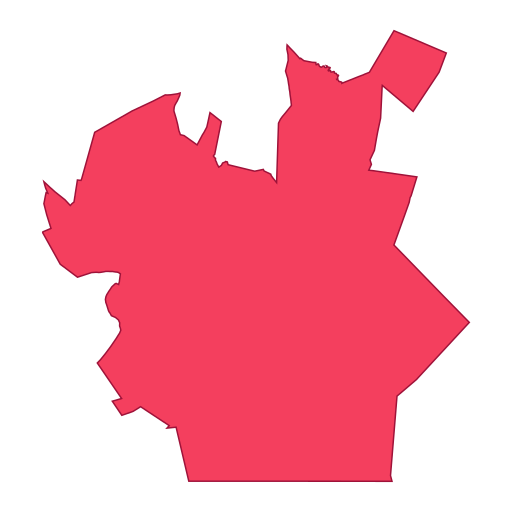 Maravilla Tenejapa, Chiapas, Mexico
{"feature_id": "50627088B99031968227417", "entity_name": "Maravilla Tenejapa", "entity_type": "district", "adm_level": 2, "iso_a3": "MEX", "parent_name": "Mexico", "parent_adm1": "Chiapas", "projection": "albers", "projection_center": [-91.265, 16.214], "detail": "fine", "context": "isolated", "style": "filled", "palette": "rose", "viewbox_px": 512, "rotation_deg": 0, "n_neighbors": 0, "source": "geoboundaries", "source_scale": "gbopen_adm2", "svg_char_len": 4750}
<svg xmlns="http://www.w3.org/2000/svg" viewBox="0 0 512 512"><path d="M392.0,481.3L390.5,475.6L397.0,396.1L414.6,381.1L416.5,379.5L418.3,377.5L469.3,322.4L443.4,296.0L393.9,245.0L404.6,215.3L409.2,202.3L410.1,197.6L411.1,195.8L416.9,176.9L400.9,174.6L373.2,170.7L368.8,170.2L371.4,164.4L370.0,159.8L373.0,153.4L374.4,150.4L376.5,138.2L377.7,131.8L380.6,118.2L382.1,87.3L382.3,85.4L413.1,111.4L439.1,72.2L446.3,53.0L394.0,30.7L369.4,72.3L366.7,73.4L364.6,74.2L363.4,74.8L358.6,76.6L353.1,78.8L352.2,79.2L349.8,80.1L342.3,83.1L341.9,83.3L341.9,82.9L342.0,82.7L341.9,82.5L341.6,82.1L339.8,81.6L339.3,81.6L338.8,81.4L338.7,81.0L338.5,80.5L338.2,80.1L337.9,79.8L337.6,79.8L337.1,79.7L336.8,79.6L336.7,79.4L336.8,79.4L336.9,79.2L337.2,78.9L337.4,78.8L337.5,78.6L337.8,78.3L337.8,78.1L337.7,77.7L337.6,77.3L337.6,76.9L337.7,76.6L337.8,76.5L338.1,76.3L338.2,76.0L338.5,75.7L338.4,75.3L338.0,75.0L337.5,74.9L337.2,75.0L336.9,74.8L336.7,74.5L336.6,74.2L336.4,73.9L336.3,73.6L335.9,73.3L335.5,73.4L335.2,73.3L334.6,73.1L334.4,72.9L334.4,72.6L334.3,72.3L334.3,72.1L334.3,71.9L334.2,71.8L334.1,71.6L333.8,71.5L332.4,71.9L332.0,72.0L331.6,72.0L331.1,72.0L330.8,71.9L330.7,71.6L330.7,71.3L330.6,70.9L330.5,70.6L330.3,70.4L330.2,70.3L329.7,70.3L329.4,70.6L329.0,70.9L328.9,70.8L328.7,70.9L328.2,70.6L328.2,70.4L328.3,70.2L328.5,69.7L328.8,69.3L328.9,69.1L329.1,68.8L329.4,68.7L329.5,68.5L329.7,68.4L329.8,68.3L329.9,68.2L330.1,68.0L330.2,67.8L330.1,67.6L329.8,67.4L329.6,67.4L328.2,67.1L327.8,66.8L327.5,66.5L327.4,66.3L327.1,66.0L326.4,65.8L326.7,66.3L326.7,66.5L326.8,66.8L326.7,67.3L326.2,67.6L325.6,67.6L325.2,67.6L324.6,67.2L324.4,67.0L324.4,66.6L324.3,66.2L323.8,66.0L323.5,66.0L322.8,66.2L322.2,66.7L321.5,67.2L321.1,67.2L320.6,66.9L319.7,66.5L319.3,66.0L319.1,65.6L318.9,65.2L318.9,64.9L318.8,64.7L318.7,64.4L318.5,64.2L318.2,63.9L317.8,63.9L317.4,64.1L317.2,64.5L316.7,64.6L316.2,64.7L316.0,64.1L315.9,63.6L315.8,62.9L315.8,62.5L312.3,62.3L303.9,60.7L300.6,58.2L299.9,58.7L296.7,55.1L293.8,51.9L290.9,48.9L290.0,48.0L287.9,45.7L287.1,44.9L287.0,46.0L286.9,49.3L287.2,50.7L288.0,54.7L288.2,60.4L287.2,64.4L285.8,70.0L285.5,71.0L286.3,73.7L287.2,76.7L287.7,78.2L287.9,79.5L288.2,81.2L288.4,82.6L288.6,84.0L288.9,85.5L289.1,86.9L289.2,88.3L289.4,89.7L289.7,91.2L289.9,92.6L290.0,94.0L290.2,95.5L290.6,98.2L290.8,99.7L291.0,101.1L291.1,102.6L291.3,104.0L291.4,105.5L285.6,112.7L285.2,113.2L282.3,116.6L280.4,119.3L278.5,123.2L276.6,182.6L273.3,178.5L271.2,175.6L270.8,174.2L264.1,171.0L263.3,169.4L258.1,170.5L254.7,171.2L228.1,164.7L227.3,161.9L226.8,161.8L225.6,161.5L225.4,161.8L223.2,162.8L222.6,163.0L221.4,165.4L218.8,167.1L217.1,164.0L216.4,162.0L215.5,160.3L215.5,158.3L214.6,157.7L213.4,156.0L213.9,155.2L214.2,154.8L214.7,154.4L221.3,121.5L210.0,112.6L207.8,122.7L206.8,127.1L204.0,132.4L202.4,134.9L197.1,144.9L184.1,135.6L180.4,134.7L178.9,130.6L177.6,124.2L176.1,118.3L174.0,111.3L173.9,110.2L174.2,107.4L174.7,105.5L176.0,103.1L177.3,100.9L178.7,97.8L179.8,95.2L179.9,94.5L180.1,93.0L177.5,93.8L173.3,94.4L170.6,94.8L167.1,95.0L165.2,94.9L153.3,101.0L131.8,111.1L130.3,112.0L94.7,132.3L81.7,178.7L81.0,180.4L77.4,180.0L76.9,183.4L75.3,193.5L75.1,195.0L75.0,195.8L74.7,197.3L74.6,198.2L74.0,202.0L72.4,203.3L72.0,203.6L70.3,205.5L66.3,201.2L64.9,199.7L54.7,191.6L52.1,189.2L49.9,187.3L49.3,186.7L47.7,185.2L43.9,181.7L44.7,184.9L45.6,188.0L47.8,193.2L46.1,192.6L45.4,195.8L43.9,203.7L46.7,214.7L51.0,228.4L42.9,231.8L42.7,232.7L53.9,252.8L60.3,264.3L63.5,266.7L64.7,267.5L65.8,268.4L67.4,269.6L70.3,271.8L71.5,272.7L72.7,273.6L77.5,277.2L82.7,275.5L85.1,274.7L87.6,273.9L88.5,273.6L90.9,272.8L91.1,272.7L91.5,272.6L92.8,272.5L93.1,272.5L94.0,272.4L94.5,272.4L95.5,272.3L97.0,272.3L98.7,272.5L100.2,272.4L100.3,272.4L102.0,272.1L102.6,272.0L102.9,272.0L103.2,271.9L104.3,271.7L104.9,271.6L105.7,271.4L106.7,271.4L107.5,271.4L108.5,271.4L109.8,271.5L111.3,271.5L112.3,271.5L112.6,271.5L112.8,271.5L114.2,271.8L114.4,271.8L115.6,272.0L116.9,272.1L118.1,272.4L118.3,272.4L119.6,273.3L120.4,273.8L119.4,281.1L119.4,281.6L119.3,282.0L119.0,283.0L118.8,283.5L118.7,283.9L118.6,284.5L116.1,283.4L115.1,283.8L113.4,285.4L112.5,286.2L111.9,286.8L111.5,287.3L110.4,289.1L108.7,291.5L107.7,293.2L106.8,294.6L105.9,296.8L105.4,299.5L105.5,300.1L105.8,302.2L105.8,302.4L106.6,304.6L108.5,310.7L109.2,312.1L110.0,313.1L111.4,315.7L113.5,316.6L115.4,317.4L115.8,317.7L118.4,319.9L119.7,322.8L119.6,326.0L120.4,328.3L120.8,330.2L119.6,333.1L118.3,335.1L116.2,338.5L110.5,346.8L105.1,354.0L100.4,359.8L97.3,363.0L121.6,398.5L112.3,401.2L121.8,415.3L131.7,411.9L133.2,411.3L140.6,406.7L169.2,425.6L167.0,428.1L176.1,427.2L176.2,427.6L188.8,481.2L190.2,481.2L244.9,481.2L290.2,481.2L290.3,481.2L392.0,481.3Z" fill="#f43f5e" stroke="#9f1239" stroke-width="1.5"/></svg>